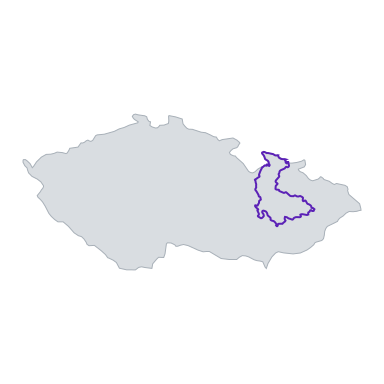 Olomoucký on a map of Czechia (Robinson projection)
{"feature_id": "CZE-10372", "entity_name": "Olomoucký", "entity_type": "Region", "adm_level": 1, "iso_a3": "CZE", "parent_name": "Czechia", "parent_adm1": "", "projection": "robinson", "projection_center": [17.195, 49.847], "detail": "fine", "context": "in_parent", "style": "outline", "palette": "violet", "viewbox_px": 384, "rotation_deg": 0, "n_neighbors": 0, "source": "natural_earth", "source_scale": "10m", "svg_char_len": 7064}
<svg xmlns="http://www.w3.org/2000/svg" viewBox="0 0 384 384"><path d="M361.0,210.3L359.7,210.4L356.8,211.3L353.1,211.7L349.1,211.5L346.0,213.2L343.1,216.0L340.1,217.9L338.4,219.6L337.5,221.4L327.3,226.4L325.8,228.5L324.7,231.4L324.3,235.2L323.5,238.7L321.8,240.5L316.2,242.1L314.8,242.9L313.8,244.7L310.7,247.4L307.0,250.0L300.3,253.0L293.1,253.9L283.7,252.9L278.3,251.7L275.6,253.0L271.9,256.9L268.0,263.5L266.3,268.5L265.1,267.1L262.8,261.8L260.3,261.1L256.8,260.6L254.2,259.8L248.5,256.8L245.6,255.9L242.3,255.6L239.1,257.4L236.7,259.5L229.2,259.5L221.1,258.5L209.4,251.5L206.3,251.5L203.1,251.8L198.0,250.1L188.1,245.6L183.5,244.5L180.5,245.2L177.8,246.2L175.9,246.3L174.8,244.8L171.1,243.0L167.4,242.8L166.4,243.9L165.0,253.9L163.7,257.5L158.6,257.3L156.8,259.0L152.7,263.8L151.9,268.4L144.9,267.5L141.6,266.8L138.7,267.4L135.4,269.9L126.5,269.8L119.4,268.2L116.4,262.5L113.2,260.2L109.1,258.2L107.7,257.7L105.5,254.6L101.2,250.7L94.4,245.4L89.0,245.7L87.0,244.3L86.2,242.3L84.0,239.0L81.5,236.6L78.4,235.7L74.1,232.8L68.4,226.3L63.1,221.8L57.9,221.8L54.6,219.5L51.3,216.4L48.9,213.4L45.2,206.2L42.6,202.0L40.4,199.5L38.0,197.3L37.2,195.6L40.3,191.8L41.4,189.9L42.7,188.4L43.5,186.8L43.5,185.7L40.9,181.9L37.3,179.1L32.0,176.4L28.6,172.9L27.5,169.8L27.1,168.0L24.8,165.7L23.0,162.2L23.1,160.1L23.6,159.6L25.4,159.6L27.3,161.0L30.1,163.7L32.3,167.7L33.7,166.2L36.5,161.9L41.4,157.1L46.2,154.4L50.6,154.2L54.1,153.4L57.1,152.1L62.3,152.6L66.0,153.6L67.2,153.0L68.8,150.5L69.8,148.3L78.0,147.1L81.0,142.9L82.6,143.0L84.4,142.3L86.2,140.8L87.9,140.1L89.2,140.9L90.9,141.4L92.7,140.4L95.6,135.7L97.1,134.9L104.3,134.2L114.2,131.4L119.2,128.9L124.1,127.5L129.4,125.1L137.8,122.8L138.2,121.8L134.4,119.4L133.1,117.9L132.3,116.3L133.7,114.6L135.5,114.1L137.9,114.8L144.8,115.8L146.7,116.8L147.4,119.3L149.1,121.5L150.5,121.8L149.9,125.5L152.1,126.9L155.4,128.0L157.5,127.8L159.1,126.3L159.7,125.3L164.0,125.1L168.4,123.5L168.8,121.0L168.6,116.2L169.0,115.6L175.6,116.9L182.2,119.0L183.0,123.8L184.8,126.1L186.8,128.2L188.8,129.2L192.3,129.3L201.2,132.2L205.5,132.7L209.9,134.7L213.7,136.7L216.4,137.1L217.6,139.3L219.3,140.8L222.2,139.6L233.0,138.0L236.9,140.1L239.5,142.4L239.9,143.1L238.5,145.1L237.8,146.7L236.7,147.7L233.0,148.8L230.9,150.6L229.4,152.5L230.4,154.4L233.4,155.8L235.5,156.1L236.3,157.4L243.2,163.5L248.6,171.4L250.7,172.6L252.7,172.9L255.0,171.8L257.7,169.2L260.9,167.3L263.6,166.4L268.3,164.2L268.5,162.8L264.6,157.4L262.3,153.1L262.8,152.3L267.9,153.0L276.4,155.4L289.6,163.1L292.0,163.1L296.6,162.5L301.6,161.2L304.0,159.8L304.9,160.3L305.6,164.6L304.3,166.9L298.3,169.2L298.7,170.3L300.2,171.7L302.9,172.7L306.2,175.5L308.5,178.6L310.5,180.1L312.7,180.8L318.1,179.1L319.7,177.8L320.4,176.8L321.4,177.0L323.4,178.6L323.9,179.5L329.3,181.3L332.3,183.5L334.3,184.5L336.5,183.5L344.9,185.3L347.2,186.7L348.0,189.2L347.6,190.6L348.9,194.5L359.6,203.7L360.8,208.4L361.0,210.3Z" fill="#d9dde1" stroke="#a8b0b8" stroke-width="1"/><path d="M266.0,152.7L266.8,153.1L267.9,153.0L273.1,154.1L273.6,154.4L274.8,155.2L275.4,155.4L276.1,155.5L277.6,155.2L278.2,155.3L278.1,155.5L278.3,156.2L278.6,157.0L278.9,157.5L279.4,158.0L281.1,158.9L282.3,159.1L284.7,159.1L285.7,159.4L284.8,159.7L284.9,160.0L285.1,160.2L285.3,160.4L285.5,160.5L285.5,161.3L285.6,162.1L285.9,162.8L286.6,163.2L287.1,162.0L288.2,162.0L289.0,165.7L289.0,165.9L288.8,166.3L288.6,166.6L288.4,166.9L288.0,167.1L287.7,167.2L287.3,167.2L286.6,166.9L286.3,166.9L286.1,166.9L285.8,167.1L284.6,168.5L280.6,170.3L279.9,170.9L279.7,171.3L279.5,171.7L279.4,172.7L279.3,173.0L278.8,173.7L278.7,173.9L278.6,174.2L279.2,176.0L279.2,176.3L279.2,176.6L279.0,176.9L276.0,180.3L275.8,180.6L275.7,181.0L275.6,181.3L275.7,181.7L275.8,182.0L276.0,182.3L277.4,183.5L277.5,183.6L277.5,183.8L277.4,184.1L276.0,185.6L275.8,185.9L275.7,186.3L275.5,188.6L275.5,188.9L275.7,189.1L275.9,189.3L276.5,189.6L278.7,189.8L278.9,189.9L279.0,190.1L279.2,190.7L279.3,191.0L279.5,191.1L283.8,192.9L284.1,192.9L285.6,192.3L285.9,192.2L286.3,192.4L290.1,195.8L290.9,196.1L293.4,196.2L294.6,195.5L294.9,195.4L295.1,195.4L297.0,196.4L298.3,196.5L300.1,196.0L301.5,196.6L302.7,197.4L302.9,197.7L303.0,197.9L302.7,200.1L302.8,200.5L302.9,200.8L303.2,201.1L303.6,201.1L303.9,201.1L304.8,200.6L305.1,200.5L305.4,200.6L305.7,200.8L307.2,203.5L307.5,203.8L309.1,204.4L310.5,205.3L311.0,205.9L311.2,206.2L311.4,207.0L311.5,207.8L313.0,208.1L313.6,208.5L314.4,209.2L313.6,210.9L312.9,211.0L312.3,211.0L312.0,210.9L311.5,210.4L311.2,210.2L310.7,210.2L310.2,210.4L310.0,210.7L309.7,211.5L309.3,211.9L308.7,212.2L308.5,212.3L308.3,212.5L308.2,212.8L308.2,213.2L308.2,213.8L308.3,214.5L307.0,215.0L302.6,214.2L301.8,214.2L301.2,214.3L300.6,214.5L300.4,214.6L300.3,214.8L300.4,215.0L300.7,215.7L300.9,216.1L300.9,216.4L300.8,216.6L300.6,216.8L300.4,217.0L300.1,217.1L299.7,217.2L296.1,217.1L295.7,217.2L294.9,217.5L294.2,217.8L294.0,218.0L293.8,218.2L293.5,218.5L293.3,219.0L293.0,219.3L292.7,219.5L292.4,219.6L291.9,219.5L289.7,218.7L289.3,218.7L288.2,218.2L287.0,217.3L286.2,217.1L285.9,217.0L285.0,216.9L284.7,218.0L284.7,219.0L285.1,220.1L285.5,220.6L285.1,221.4L284.9,221.5L283.2,222.9L282.9,223.2L282.7,223.5L282.3,223.8L282.1,223.8L281.9,223.7L278.6,223.8L278.3,223.9L278.0,224.1L277.9,224.4L277.7,225.6L277.5,225.9L277.3,226.1L277.1,226.2L276.9,226.2L276.7,226.1L276.5,225.9L276.3,225.6L276.2,225.5L276.3,225.4L276.3,225.1L276.3,224.7L276.3,224.2L275.7,223.1L274.7,221.9L273.7,221.1L271.8,220.6L271.0,220.2L270.7,219.9L270.5,219.6L270.6,218.3L270.5,218.0L270.4,217.7L270.2,217.5L267.9,215.6L267.7,215.3L267.5,214.9L267.2,213.4L266.7,212.5L266.1,211.7L265.7,211.4L263.8,210.7L263.3,210.7L262.8,210.8L262.5,211.0L262.3,211.4L262.2,212.2L262.3,212.4L262.4,212.7L263.3,213.9L263.6,214.7L263.7,215.1L263.8,215.5L263.8,215.9L263.6,216.3L263.0,217.0L262.2,217.8L261.8,218.0L261.3,218.2L260.9,218.2L258.1,216.5L257.9,216.1L257.9,215.8L258.1,215.5L258.4,215.3L258.6,215.0L258.8,214.7L258.9,214.3L258.9,214.0L258.8,213.6L257.6,211.0L257.4,210.6L257.4,210.2L257.5,209.9L258.1,209.7L258.2,209.4L258.1,209.2L256.0,207.4L255.3,206.5L255.1,206.0L255.1,205.7L255.2,205.4L255.6,205.3L257.2,205.6L257.5,205.6L257.7,205.3L258.0,204.8L258.2,204.1L258.7,203.6L259.0,202.7L259.1,201.4L259.2,200.9L260.8,199.6L260.4,197.4L259.9,196.8L259.1,196.6L258.9,196.3L258.7,196.0L258.5,194.9L256.5,191.4L255.7,190.4L255.4,190.0L255.3,189.4L255.4,188.9L256.2,187.5L256.1,186.0L256.2,184.2L256.1,183.8L255.7,182.6L255.5,181.2L255.5,180.9L255.3,180.6L255.0,180.1L254.9,179.8L255.1,179.5L256.0,179.0L256.4,178.8L257.5,177.9L259.0,177.0L259.2,176.9L259.4,176.7L259.5,176.4L259.4,176.0L259.4,175.8L259.0,175.1L259.1,174.4L260.4,171.0L262.3,167.2L262.9,167.0L263.3,166.7L264.2,165.8L264.8,165.4L265.2,165.4L266.1,165.7L266.6,165.7L266.7,165.4L266.7,164.7L266.8,164.5L267.6,164.5L267.9,164.7L268.1,165.1L268.6,165.7L269.2,165.9L269.6,165.4L269.5,164.5L268.8,163.8L268.7,162.3L268.2,161.2L267.3,160.4L266.1,159.8L265.1,159.0L264.7,157.8L264.3,156.5L263.7,155.4L262.1,153.5L262.1,152.6L263.5,151.9L264.6,152.0L266.0,152.7Z" fill="none" stroke="#5b21b6" stroke-width="2"/></svg>